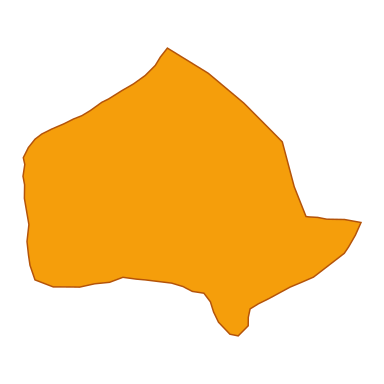 Ogori/Magongo, Kogi, Nigeria (orthographic projection)
{"feature_id": "59680162B76072611977433", "entity_name": "Ogori/Magongo", "entity_type": "district", "adm_level": 2, "iso_a3": "NGA", "parent_name": "Nigeria", "parent_adm1": "Kogi", "projection": "orthographic", "projection_center": [6.159, 7.479], "detail": "fine", "context": "isolated", "style": "filled", "palette": "amber", "viewbox_px": 384, "rotation_deg": 0, "n_neighbors": 0, "source": "geoboundaries", "source_scale": "gbopen_adm2", "svg_char_len": 964}
<svg xmlns="http://www.w3.org/2000/svg" viewBox="0 0 384 384"><path d="M167.4,48.1L160.4,57.0L155.3,65.4L145.2,75.5L133.5,83.9L121.9,90.6L108.5,99.0L101.8,102.3L90.1,110.7L81.8,115.7L73.5,119.0L63.5,124.0L51.8,129.0L41.8,134.0L35.1,139.1L28.4,147.5L23.3,157.7L24.8,164.5L23.0,176.3L24.6,184.8L24.4,198.4L28.9,224.6L27.0,241.5L28.5,255.1L30.0,265.3L35.0,279.9L53.2,286.9L58.8,286.9L73.0,287.0L79.7,287.1L94.6,283.8L109.6,282.3L122.9,277.3L136.1,279.1L145.3,279.9L156.7,281.3L171.6,283.1L183.2,286.6L186.3,288.3L188.5,289.4L192.3,291.4L203.9,293.2L210.4,301.8L213.6,312.0L218.5,322.2L229.9,334.2L238.2,335.9L248.2,325.8L248.3,317.3L250.1,308.9L253.4,306.9L258.4,303.8L268.5,298.8L290.1,287.1L301.1,282.5L313.5,277.1L344.3,253.3L348.6,246.9L355.4,235.1L361.0,222.5L344.5,219.5L326.8,219.2L317.7,217.4L308.8,216.9L306.0,216.5L294.2,186.7L282.3,141.9L277.0,136.5L266.6,126.0L243.8,103.1L208.3,73.3L167.4,48.1Z" fill="#f59e0b" stroke="#b45309" stroke-width="1.5"/></svg>